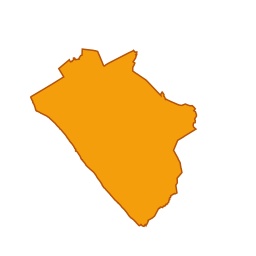 Liepupes pag., Salacgrivas, Latvia (Albers equal-area conic projection), rotated 326°
{"feature_id": "27541924B57299636563148", "entity_name": "Liepupes pag.", "entity_type": "district", "adm_level": 2, "iso_a3": "LVA", "parent_name": "Latvia", "parent_adm1": "Salacgrivas", "projection": "albers", "projection_center": [24.439, 57.482], "detail": "fine", "context": "isolated", "style": "filled", "palette": "amber", "viewbox_px": 256, "rotation_deg": 326, "n_neighbors": 0, "source": "geoboundaries", "source_scale": "gbopen_adm2", "svg_char_len": 5263}
<svg xmlns="http://www.w3.org/2000/svg" viewBox="0 0 256 256"><g transform="rotate(326 128 128)"><path d="M64.8,47.9L64.7,48.1L64.5,48.3L64.4,48.7L64.3,49.3L64.3,49.5L64.3,49.9L64.1,50.5L64.0,50.8L64.1,51.4L64.0,51.6L64.0,51.8L64.1,52.0L63.8,52.6L63.7,53.2L63.6,53.5L63.3,53.7L63.3,54.0L63.4,54.4L63.3,55.0L63.3,55.5L63.2,56.2L63.2,56.5L62.9,57.2L62.9,57.5L62.7,57.8L62.7,58.1L62.5,59.0L62.3,59.4L62.2,59.8L61.7,61.0L61.8,61.3L61.7,61.5L61.5,61.9L61.5,62.2L61.6,62.6L61.7,62.9L62.0,63.0L62.1,63.3L62.3,63.5L63.0,64.8L63.6,65.8L64.0,66.9L65.1,68.6L65.5,69.5L66.1,70.4L66.8,71.7L67.0,71.9L67.2,72.4L67.7,73.4L67.7,73.8L68.2,74.8L68.4,75.3L68.5,75.7L68.5,76.2L68.6,76.6L68.9,77.7L69.1,78.6L69.2,79.0L69.4,79.9L69.5,80.2L69.8,81.7L69.9,81.9L69.9,82.2L70.3,83.5L70.3,84.0L70.3,84.5L70.5,85.8L70.5,86.1L70.5,86.3L70.6,86.6L70.6,87.0L70.8,87.9L71.0,88.6L71.1,88.9L71.1,89.2L71.0,90.3L71.1,90.5L71.1,90.8L71.4,91.5L71.6,92.5L71.7,92.9L71.7,94.1L71.9,95.2L71.9,95.8L72.0,96.3L72.1,97.6L72.2,97.9L72.3,99.5L72.3,100.6L72.3,100.8L72.2,101.6L72.3,101.9L72.2,102.4L72.4,103.0L72.3,103.3L72.3,104.0L72.4,104.7L72.4,104.8L72.4,105.4L72.3,106.2L72.4,106.9L72.4,107.2L72.4,107.5L72.4,107.9L72.5,107.9L72.6,108.3L72.7,110.0L72.8,112.5L72.7,113.2L72.6,114.7L72.6,114.9L72.6,115.1L72.4,115.3L72.5,115.8L72.6,116.1L72.8,116.3L72.1,117.7L71.0,117.8L72.1,117.9L72.4,118.7L72.5,119.5L72.6,120.0L72.6,120.3L72.5,121.1L72.5,121.7L72.5,121.9L72.5,123.7L72.4,125.1L72.2,126.1L72.0,126.8L71.9,127.2L72.0,127.7L71.9,127.9L71.9,128.1L72.0,128.3L72.2,128.9L72.2,129.1L72.3,129.1L72.2,129.4L72.1,129.7L72.3,130.5L72.3,131.0L72.5,132.5L72.5,132.9L72.6,133.8L72.5,134.3L72.4,134.6L72.4,135.4L72.5,135.9L72.6,136.6L73.0,138.4L73.0,138.5L73.3,139.4L73.3,140.0L73.5,140.7L73.6,141.0L74.8,145.4L74.9,146.6L75.0,149.6L74.8,151.0L74.8,152.0L74.8,152.3L74.8,152.8L74.8,153.7L74.9,154.6L75.0,155.3L75.0,156.9L75.0,157.6L75.0,158.2L74.9,159.0L75.0,159.2L74.9,160.0L74.8,160.3L74.7,161.1L74.6,161.3L74.7,161.5L74.6,161.8L74.7,162.7L74.6,163.3L74.6,163.8L74.7,164.2L75.0,164.9L75.0,165.0L75.1,165.3L75.2,166.9L75.4,168.0L75.8,170.8L75.9,171.5L76.0,171.7L76.0,172.2L76.1,172.5L76.1,173.2L76.2,173.6L76.2,174.0L76.1,174.3L76.3,174.7L76.5,176.7L76.6,177.5L76.7,178.4L76.7,178.8L76.9,179.7L76.9,180.2L76.9,180.4L77.1,180.8L77.3,181.6L77.6,183.0L77.7,183.7L77.8,183.8L77.8,184.4L77.8,184.6L78.0,184.6L78.0,185.0L78.1,185.5L78.3,186.4L78.4,187.2L78.5,187.4L78.6,188.5L78.6,189.7L78.7,190.0L78.7,190.7L78.9,191.2L79.0,191.9L79.4,193.8L79.5,194.8L79.5,195.3L79.6,196.4L79.7,196.7L79.7,197.0L79.7,198.6L79.7,199.5L79.7,200.4L79.8,202.2L80.0,202.8L80.0,203.2L80.3,204.6L80.5,204.8L80.7,205.3L81.0,206.3L81.3,207.3L81.4,207.7L81.5,208.5L81.8,209.7L81.9,210.4L81.9,211.0L82.1,212.2L82.2,212.8L82.3,213.3L82.4,214.3L82.5,214.7L82.6,215.0L83.1,215.2L83.2,215.5L84.8,215.2L85.1,217.1L86.3,218.5L88.2,217.7L88.3,218.9L88.3,219.0L88.6,218.8L89.5,218.4L89.9,218.3L90.1,218.1L90.3,218.0L90.4,217.9L90.6,217.7L90.8,217.7L91.2,217.6L91.3,217.4L93.1,216.2L93.1,215.8L98.0,216.2L99.5,216.0L100.7,215.9L102.2,215.1L106.4,212.9L107.1,212.5L108.3,211.8L108.5,212.1L108.8,212.2L109.5,212.3L109.7,212.2L109.8,212.0L110.1,211.7L110.8,211.8L111.5,212.4L111.6,212.6L112.1,213.2L112.3,213.3L113.6,212.6L114.5,212.8L114.6,213.2L115.0,213.3L115.6,213.2L116.0,213.0L116.1,212.8L116.3,212.7L116.4,212.8L116.7,212.6L116.8,212.5L117.0,212.6L117.3,212.7L117.5,212.6L117.8,212.7L117.8,212.9L118.1,212.8L118.3,212.9L118.5,212.6L118.9,212.5L120.3,212.2L121.4,210.9L121.8,210.7L122.5,210.7L122.7,209.9L123.4,209.2L123.9,209.4L124.1,209.4L124.6,209.1L125.0,209.0L125.5,208.1L129.9,208.3L130.1,208.9L132.3,209.2L135.6,202.2L138.2,201.0L139.4,199.2L140.6,197.1L147.8,195.1L149.4,191.4L149.5,190.8L151.6,186.3L151.8,185.9L152.2,182.0L152.5,180.7L153.1,174.1L153.2,172.0L162.3,166.0L164.0,166.1L169.4,166.4L169.6,166.3L183.7,166.9L182.9,163.9L183.6,162.0L184.9,160.8L185.2,160.5L186.7,161.1L187.0,160.6L187.9,159.6L188.0,158.4L188.2,157.9L188.5,157.9L188.8,157.5L189.2,157.4L189.7,157.1L190.9,156.7L191.4,156.4L191.7,155.9L192.1,155.4L193.0,152.2L192.2,150.4L194.5,149.7L194.2,147.2L193.8,146.0L193.9,145.9L193.7,145.4L191.8,144.2L190.0,141.8L189.0,140.2L185.1,139.3L183.0,137.3L178.1,129.7L176.5,127.0L176.2,126.4L175.7,125.4L175.0,125.3L175.1,124.8L175.3,124.6L175.7,122.3L175.5,121.7L176.4,120.5L176.5,119.7L176.5,117.7L176.4,117.3L174.0,118.3L173.4,119.5L173.0,117.5L169.8,98.5L167.1,91.8L165.5,87.7L165.3,87.5L163.8,83.4L164.0,83.2L165.0,81.6L165.4,81.0L166.4,80.1L167.7,79.5L170.0,78.0L169.2,76.0L173.3,74.3L175.3,72.6L175.4,71.7L176.2,72.1L176.6,71.6L176.8,70.9L177.3,70.6L177.1,70.2L177.1,69.8L177.4,69.8L177.6,69.7L177.3,69.5L177.0,69.6L176.6,69.5L176.5,69.2L176.3,69.1L176.2,68.3L176.0,67.7L176.1,67.3L176.0,66.8L175.8,66.9L172.8,66.5L171.3,66.2L168.9,65.9L148.8,63.5L145.0,63.2L143.3,63.5L142.7,62.9L142.6,62.6L143.4,58.9L144.5,53.4L144.9,51.5L145.1,50.0L145.1,49.8L145.4,48.9L145.6,47.5L144.0,45.6L141.9,43.6L134.2,37.0L130.6,41.9L129.3,41.5L126.0,43.0L125.9,43.3L125.9,43.5L122.7,42.0L122.9,40.4L122.5,39.7L121.8,39.6L121.5,40.4L121.7,40.9L121.7,41.0L119.0,41.1L118.8,41.5L117.4,41.1L117.3,39.5L117.4,39.0L117.5,38.6L104.1,40.0L103.8,40.0L103.3,49.7L88.0,49.1L65.1,47.8L64.8,47.9Z" fill="#f59e0b" stroke="#b45309" stroke-width="1.5"/></g></svg>